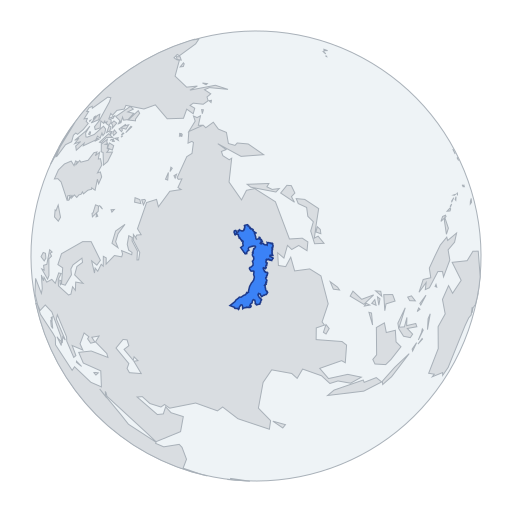 Inner Mongol on an orthographic globe, rotated 301°
{"feature_id": "CHN-1838", "entity_name": "Inner Mongol", "entity_type": "Autonomous Region", "adm_level": 1, "iso_a3": "CHN", "parent_name": "China", "parent_adm1": "", "projection": "orthographic", "projection_center": [116.94, 45.357], "detail": "fine", "context": "on_globe", "style": "filled", "palette": "blue", "viewbox_px": 512, "rotation_deg": 301, "n_neighbors": 0, "source": "natural_earth", "source_scale": "10m", "svg_char_len": 17589}
<svg xmlns="http://www.w3.org/2000/svg" viewBox="0 0 512 512"><g transform="rotate(301 256 256)"><circle cx="256" cy="256" r="225" fill="#eef3f6" stroke="#a8b0b8"/><path d="M449.0,369.6L448.7,370.4L448.5,370.7L449.0,369.6ZM406.2,88.1L406.3,88.2L409.7,91.3L409.2,91.2L412.5,95.3L406.7,95.0L388.2,87.2L388.2,84.7L383.7,83.6L383.4,86.9L384.3,89.5L368.5,94.0L365.0,109.6L371.5,118.2L364.1,113.9L381.4,133.2L384.4,146.2L376.4,129.4L372.0,126.2L371.7,133.7L367.1,132.1L364.4,135.0L358.9,132.6L354.7,123.5L351.1,121.9L351.1,127.4L345.6,128.9L346.2,121.0L336.7,122.9L327.9,109.2L333.7,91.9L324.3,84.2L318.1,66.9L314.1,67.4L309.2,61.8L302.7,60.5L303.4,58.1L297.7,59.2L298.2,61.6L295.9,63.0L292.1,62.6L292.4,59.3L294.3,59.1L292.4,57.9L294.2,56.6L291.2,57.0L291.9,53.5L285.6,56.4L281.5,53.1L283.6,51.0L290.6,51.9L312.7,51.0L316.9,50.0L315.8,47.1L298.4,39.6L300.0,38.5L296.9,36.5L292.7,36.4L293.6,38.1L285.0,38.0L287.1,40.6L283.9,41.1L283.2,43.9L275.5,42.8L268.4,40.4L268.6,38.2L265.5,37.3L259.0,39.1L253.3,35.4L238.9,34.0L238.2,33.5L248.4,31.9L264.4,32.0L277.6,32.0L261.1,31.5L259.8,30.8L256.3,30.8L251.8,30.8L249.2,31.0L247.1,31.0L255.6,30.7L263.9,30.9L259.8,30.8L267.3,31.0L270.5,31.2L287.0,32.9L303.4,35.8L319.6,39.9L335.4,45.2L350.7,51.6L365.5,59.1L379.8,67.8L393.3,77.4L406.2,88.1ZM468.9,211.6L467.1,208.5L468.2,207.7L468.9,211.6ZM465.9,208.5L466.6,209.2L466.0,209.0L465.9,208.5ZM465.4,209.6L465.8,208.8L465.6,210.1L465.4,209.6ZM465.1,211.7L465.2,210.4L465.3,210.7L465.1,211.7ZM463.7,213.6L463.3,214.0L463.3,212.4L463.7,213.6ZM385.4,91.0L383.9,87.2L385.8,85.1L387.7,88.3L385.4,91.0ZM381.0,96.1L379.0,93.6L384.2,94.3L383.7,95.5L381.0,96.1ZM377.1,125.0L376.7,121.0L378.7,125.5L377.1,125.0ZM364.9,135.8L366.5,137.6L364.4,138.4L364.9,135.8ZM287.4,44.4L285.4,44.1L286.6,43.7L287.4,44.4ZM289.1,46.0L292.0,45.7L293.2,46.4L291.4,46.6L289.1,46.0ZM354.2,135.6L350.3,136.7L353.5,134.0L354.2,135.6ZM285.2,46.2L295.0,47.8L297.1,49.1L291.9,51.0L285.2,46.2ZM347.6,136.2L338.3,139.3L340.9,143.3L328.1,134.3L340.3,134.4L343.8,130.3L344.3,134.2L347.6,136.2ZM300.1,62.6L299.3,59.9L303.4,62.6L300.1,62.6ZM303.3,64.0L319.4,71.2L318.7,75.2L313.4,71.8L315.3,77.7L307.1,76.1L304.2,72.5L306.3,70.1L301.5,71.4L303.3,64.0ZM322.5,129.1L319.6,128.7L321.8,127.4L322.5,129.1ZM295.3,63.8L298.6,64.7L298.2,68.2L291.5,67.0L293.8,66.2L295.3,63.8ZM319.9,80.2L318.4,82.8L311.3,82.2L309.8,83.1L306.8,76.5L319.9,80.2ZM292.0,65.2L288.1,66.3L284.9,64.4L292.0,63.1L292.0,65.2ZM301.0,69.7L300.5,71.4L298.5,70.0L301.0,69.7ZM271.2,58.7L275.2,59.4L275.3,61.2L271.2,58.7ZM286.9,66.9L288.0,67.6L288.6,68.5L285.4,68.9L286.9,66.9ZM302.0,76.6L299.4,75.9L302.9,79.3L297.7,79.2L296.7,74.8L294.9,76.7L293.3,76.7L294.3,73.2L302.0,76.6ZM283.8,72.0L280.7,66.9L273.2,65.0L272.9,63.2L284.9,66.7L283.8,72.0ZM289.9,73.0L286.0,71.9L287.5,70.1L291.1,69.7L289.9,73.0ZM294.6,80.8L302.8,82.0L302.7,83.0L294.6,80.8ZM281.3,71.8L282.1,73.0L280.6,71.8L281.3,71.8ZM290.2,78.3L293.1,78.6L292.9,79.6L290.2,78.3ZM281.3,75.5L280.3,73.8L282.7,73.4L281.3,75.5ZM285.1,77.1L284.2,78.5L284.1,74.3L286.4,77.0L285.1,77.1ZM289.5,79.3L290.4,80.0L288.3,79.1L289.5,79.3ZM272.8,78.3L272.1,73.1L277.4,72.1L277.3,77.2L272.8,78.3ZM102.0,91.6L102.5,92.9L95.1,101.1L85.1,121.8L82.7,126.0L76.6,129.9L63.3,157.3L67.6,157.5L62.7,179.5L64.2,190.9L77.6,182.1L75.3,163.1L82.1,153.7L89.7,163.7L92.8,181.3L95.6,178.3L99.7,162.7L106.6,162.7L101.8,157.1L99.2,162.3L96.1,159.2L98.3,154.3L100.7,154.3L101.5,148.3L90.1,150.4L86.2,156.0L84.6,144.5L77.9,152.9L75.2,152.0L85.5,137.7L89.2,135.2L103.3,116.0L99.2,117.3L85.7,135.9L87.2,132.0L81.6,134.8L87.0,129.6L102.9,109.8L105.5,100.6L98.1,99.0L101.9,93.7L109.9,85.9L123.3,78.6L113.4,91.3L118.0,89.6L129.2,81.8L125.3,86.6L128.6,85.2L125.8,90.1L130.8,93.0L129.2,98.0L139.9,95.6L140.6,98.0L134.1,98.6L128.7,102.0L126.0,115.4L128.0,117.0L135.2,114.6L133.5,118.9L140.8,114.9L143.5,121.9L146.4,110.3L154.8,107.9L161.2,110.6L164.5,107.9L154.1,103.7L149.5,104.0L144.8,107.5L132.7,107.5L131.8,103.7L146.3,96.4L146.6,90.6L157.8,88.1L179.0,100.0L183.4,107.3L172.2,124.8L166.2,124.3L167.2,117.6L158.2,126.3L162.8,124.3L161.4,128.2L169.2,127.6L168.6,130.3L177.1,125.3L177.2,128.6L171.8,131.7L183.5,134.4L186.1,141.3L189.0,140.6L191.4,138.0L193.1,148.8L195.2,147.9L195.4,143.9L199.7,139.6L207.9,136.5L208.1,140.4L205.1,142.0L199.2,151.8L191.3,156.0L192.2,157.4L199.1,154.6L206.4,142.7L211.3,139.8L208.7,145.5L210.0,143.2L212.5,143.0L215.1,146.6L218.3,140.4L245.5,134.7L253.3,141.6L247.9,147.0L267.1,148.8L274.4,157.6L274.5,153.8L283.9,152.8L281.7,149.9L282.5,148.1L305.5,145.5L311.0,148.3L321.1,143.9L321.2,142.0L317.7,139.6L328.1,134.3L340.9,143.3L340.1,146.9L348.7,150.5L345.4,158.4L346.7,167.0L338.2,174.4L340.0,181.0L343.2,181.7L348.0,191.6L346.8,210.4L333.7,191.9L332.6,165.4L331.8,175.6L327.8,172.5L324.9,175.9L324.7,183.5L327.3,184.8L305.5,194.8L296.6,214.7L307.4,214.0L313.1,220.2L312.5,244.7L287.8,275.9L295.1,286.5L294.8,293.2L286.8,297.0L287.0,287.2L280.0,283.3L281.3,277.5L268.6,281.0L269.9,272.9L259.4,280.1L262.2,286.9L272.9,286.4L263.1,296.8L272.6,308.7L272.4,321.9L252.2,342.5L233.5,346.6L232.1,350.3L225.4,344.7L215.3,350.6L227.0,373.8L226.3,379.5L210.5,387.5L210.4,383.3L192.5,368.5L188.3,381.3L201.8,395.6L206.4,408.7L195.7,402.6L191.1,390.6L184.8,385.0L187.1,373.9L183.1,354.2L172.3,354.3L173.7,347.1L166.5,328.1L151.3,327.2L126.8,336.4L122.4,353.3L114.4,356.7L107.2,324.3L109.4,305.2L103.4,302.7L98.9,280.0L81.1,260.4L81.6,254.1L77.6,252.3L74.9,241.0L76.9,231.0L73.9,226.7L69.3,253.1L72.9,257.9L80.2,256.2L77.9,263.9L80.9,276.4L66.6,281.8L45.3,265.9L48.4,251.9L59.0,200.5L61.6,197.9L61.8,197.4L62.3,196.5L57.9,199.8L61.5,190.5L50.3,222.3L46.1,233.3L44.9,266.2L43.7,266.5L44.9,275.2L55.0,287.2L53.9,291.1L46.0,301.1L36.6,302.8L40.8,322.4L42.4,327.5L37.8,312.1L34.4,296.4L32.1,280.5L30.9,264.5L30.8,248.4L32.0,232.4L34.2,216.5L37.6,200.8L42.1,185.4L47.7,170.3L54.3,155.7L61.9,141.6L70.6,128.0L80.2,115.1L90.7,103.0L102.0,91.6ZM90.8,207.6L96.1,218.2L102.9,205.5L105.5,208.7L106.8,203.4L103.3,204.5L108.0,191.0L113.6,193.2L117.7,188.7L116.0,185.0L105.0,183.4L98.3,202.4L93.2,203.4L90.8,207.6ZM258.9,30.8L257.6,30.9L253.2,30.8L255.5,30.8L258.9,30.8ZM232.0,32.6L229.2,32.5L232.8,32.3L235.5,31.9L246.4,31.3L238.5,33.2L240.1,32.3L232.0,32.6ZM258.8,31.7L252.8,31.4L259.7,31.7L258.8,31.7ZM149.9,74.2L145.9,77.0L142.7,77.0L144.7,72.1L149.4,71.8L149.9,74.2ZM141.1,81.0L155.1,75.9L154.4,79.2L152.4,78.1L150.6,80.8L146.9,79.9L132.6,88.6L128.8,89.3L134.6,79.0L134.8,81.7L138.6,78.7L141.1,81.0ZM191.8,61.2L197.8,60.2L188.5,68.5L184.0,68.6L185.7,63.2L192.0,60.1L191.8,61.2ZM274.2,49.7L277.1,49.6L277.0,50.4L274.5,51.1L274.2,49.7ZM273.0,58.9L261.5,51.2L264.2,50.6L254.1,47.5L257.4,44.8L263.8,46.8L258.8,42.7L265.9,43.5L261.7,41.0L275.7,45.8L281.8,46.7L273.7,46.6L270.5,48.9L271.0,50.2L276.9,54.8L288.7,58.4L287.4,61.7L283.3,63.1L280.3,62.8L282.1,60.6L276.8,61.7L277.1,58.4L273.0,58.9ZM236.8,83.9L240.2,80.5L229.5,84.2L229.8,80.0L228.5,80.7L225.8,78.0L220.4,76.1L221.6,74.2L218.9,74.3L217.1,72.7L213.9,72.2L214.8,68.8L211.0,68.1L213.7,67.0L206.8,66.8L212.3,65.5L210.5,63.6L206.1,65.8L219.1,50.8L220.2,46.3L218.2,43.5L228.0,42.3L236.2,44.4L242.2,48.7L239.7,53.5L244.6,52.4L244.8,54.4L240.8,54.5L247.1,55.7L246.2,57.5L251.6,62.8L261.1,63.9L263.3,66.1L259.2,66.6L264.3,68.5L257.9,70.9L259.3,72.6L254.5,77.0L245.6,77.3L247.9,79.3L244.3,83.0L236.8,83.9ZM271.2,79.4L260.5,80.2L255.4,78.4L266.0,71.6L265.6,69.7L272.2,65.8L279.5,68.5L276.9,69.3L276.1,70.8L274.1,69.3L275.1,71.6L271.6,73.0L271.4,75.2L268.0,74.7L271.2,79.4ZM84.3,127.0L83.2,129.6L82.5,133.1L79.0,135.2L84.3,127.0ZM94.9,113.3L94.6,115.0L89.2,119.1L90.4,116.6L94.9,113.3ZM98.9,112.7L95.0,114.8L97.8,112.1L98.9,112.7ZM134.2,100.2L134.4,102.1L132.7,103.1L130.5,103.0L134.2,100.2ZM205.3,95.6L208.1,93.5L209.2,94.1L217.2,92.1L217.7,95.3L213.0,97.7L205.3,95.6ZM74.6,181.0L71.5,180.1L72.5,177.1L73.3,178.0L74.6,181.0ZM73.4,156.3L71.5,163.4L72.4,156.8L73.4,156.3ZM207.2,98.8L210.4,97.5L208.6,99.9L207.2,98.8ZM218.4,97.6L217.1,100.3L218.6,95.5L218.4,97.6ZM49.9,347.0L49.7,346.5L52.2,350.9L52.1,348.4L56.7,359.3L59.8,366.7L49.9,347.0ZM263.9,440.2L270.8,440.9L270.6,441.5L263.9,440.2ZM256.6,437.8L264.5,438.3L255.2,439.2L256.6,437.8ZM267.6,438.4L275.7,437.2L279.2,436.1L278.6,437.5L267.6,438.4ZM251.2,437.6L222.4,434.4L211.1,430.8L213.7,428.8L231.9,432.2L251.2,437.6ZM212.8,428.6L195.7,418.0L173.3,389.2L181.3,392.0L204.9,411.8L203.4,413.8L213.7,421.7L212.8,428.6ZM254.5,420.3L252.9,427.0L236.9,425.0L229.7,423.1L224.7,413.6L227.5,409.4L233.4,410.3L256.7,396.0L264.8,400.5L257.5,407.1L264.1,413.7L254.5,420.3ZM123.1,355.5L126.6,368.1L122.4,367.5L123.1,355.5ZM266.6,384.4L256.9,391.5L265.9,381.8L266.6,384.4ZM272.2,374.7L272.6,378.8L268.9,374.7L272.2,374.7ZM231.5,356.1L225.2,356.2L225.3,353.1L233.3,351.3L231.5,356.1ZM272.2,332.8L271.3,342.0L269.9,345.1L267.4,339.4L272.2,332.8ZM215.7,127.4L204.1,126.3L196.0,128.3L192.0,133.5L192.7,126.0L205.1,122.8L215.7,127.4ZM241.8,133.2L245.3,129.1L247.2,131.5L246.6,132.8L241.8,133.2ZM241.6,130.3L239.6,124.2L243.7,122.3L244.5,127.4L241.6,130.3ZM222.9,110.6L219.4,109.9L221.0,107.9L222.9,110.6ZM335.6,466.7L339.1,465.4L335.6,466.7ZM303.7,471.1L259.5,478.1L249.8,477.5L252.2,476.0L243.3,469.3L246.5,469.7L244.4,464.4L270.5,459.9L289.2,448.5L303.8,448.0L314.8,438.2L329.8,436.3L325.3,443.7L340.8,444.4L351.6,427.4L360.7,439.4L371.8,439.5L374.6,444.0L353.6,458.9L341.8,464.2L339.7,464.8L334.8,466.8L327.3,469.1L323.4,468.7L318.6,470.5L323.4,467.7L316.3,470.8L312.5,470.2L303.7,471.1ZM410.9,412.9L413.1,411.7L416.2,410.8L412.9,413.1L410.9,412.9ZM443.5,378.1L444.3,377.7L442.2,380.5L443.5,378.1ZM448.5,370.7L446.0,374.2L449.0,369.6L448.5,370.7ZM422.7,397.9L423.7,397.8L422.8,398.8L422.7,397.9ZM421.8,398.3L423.2,396.0L422.9,397.4L421.8,398.3ZM411.8,397.5L413.1,395.9L413.7,396.2L411.8,397.5ZM281.2,440.9L290.9,435.8L296.2,435.1L281.2,440.9ZM409.9,396.9L406.6,398.6L407.0,397.6L409.9,396.9ZM410.2,394.7L409.8,393.7L411.9,395.4L410.2,394.7ZM403.8,395.4L407.9,395.5L403.4,395.9L403.8,395.4ZM401.4,396.9L398.5,397.4L398.7,396.9L401.4,396.9ZM368.0,412.3L379.0,416.1L370.1,419.1L360.2,417.5L352.4,424.2L334.7,427.5L338.7,423.9L336.3,419.9L318.1,421.0L314.4,418.4L320.9,415.5L308.9,414.4L322.0,411.4L327.4,417.0L334.9,410.8L347.8,409.4L360.3,408.3L370.4,409.8L368.0,412.3ZM322.1,425.2L324.4,424.9L322.4,427.0L322.1,425.2ZM392.8,396.7L397.1,397.6L396.6,398.6L394.5,399.1L392.8,396.7ZM372.7,408.0L383.6,399.1L386.1,398.2L378.9,406.6L372.7,408.0ZM380.9,396.7L386.0,395.6L388.6,397.4L387.6,398.6L380.9,396.7ZM295.3,422.2L294.8,424.0L291.4,422.8L295.3,422.2ZM299.7,420.9L310.0,421.9L298.8,422.5L299.7,420.9ZM268.7,415.4L271.7,419.7L281.1,417.0L273.9,421.0L280.4,427.7L278.2,430.3L271.8,423.0L269.7,430.5L265.5,430.3L263.2,423.8L267.3,415.7L271.5,412.2L288.5,410.6L268.7,415.4ZM299.6,415.7L296.9,410.8L298.9,407.2L301.9,409.8L299.6,415.7ZM289.0,398.4L281.9,392.1L275.4,394.6L288.7,385.4L293.3,393.0L289.0,398.4ZM283.2,384.3L277.1,386.6L283.5,381.2L283.2,384.3ZM275.6,384.3L275.0,379.6L279.8,380.3L275.6,384.3ZM286.3,384.4L287.7,376.5L290.0,381.1L286.3,384.4ZM273.3,368.9L283.3,376.9L270.1,373.4L270.1,357.4L275.8,357.2L273.3,368.9ZM308.5,300.1L307.4,295.0L312.7,293.5L311.9,297.4L308.5,300.1ZM328.9,285.3L313.7,291.5L301.4,296.8L305.0,299.0L301.9,307.8L296.7,299.9L305.6,290.0L314.9,287.5L316.7,280.0L323.7,274.4L322.7,265.2L325.9,260.9L329.6,268.6L328.9,285.3ZM321.9,261.3L322.7,244.7L332.5,246.1L334.5,250.0L330.0,256.9L325.1,255.8L321.9,261.3ZM325.8,241.2L321.1,240.1L312.3,216.1L312.9,211.5L324.8,229.7L320.9,229.7L321.4,235.6L325.8,241.2ZM320.3,130.8L319.7,128.9L321.9,130.3L320.3,130.8ZM281.1,146.6L282.6,144.3L285.2,145.8L281.1,146.6ZM288.1,139.0L284.1,138.8L288.3,137.3L288.1,139.0ZM275.2,138.9L282.5,137.9L275.6,141.2L275.2,138.9Z" fill="#d9dde1" stroke="#a8b0b8" stroke-width="1"/><path d="M253.3,246.8L252.4,245.9L252.3,245.1L253.0,244.6L253.0,243.5L253.6,242.6L253.7,242.2L255.4,238.5L256.3,239.0L257.4,239.3L258.3,239.7L260.3,237.9L261.4,237.7L262.0,237.3L262.1,236.3L261.6,236.3L261.5,236.2L261.8,235.9L261.9,235.3L262.4,234.8L262.4,234.1L262.9,233.4L263.0,233.1L262.9,232.9L263.1,232.9L263.1,232.6L263.3,232.4L263.2,232.2L263.4,232.2L263.7,231.1L264.6,230.2L265.0,230.1L265.1,229.8L265.1,229.5L265.3,229.3L265.2,228.8L264.8,228.4L265.0,227.6L264.4,227.3L263.5,227.5L263.4,227.4L263.4,226.8L263.9,226.4L265.2,224.8L266.0,224.7L266.4,224.5L267.0,224.9L267.2,225.2L267.4,225.3L267.5,225.7L266.1,227.4L267.4,228.1L267.8,228.5L268.2,228.4L268.6,227.6L268.9,227.7L269.4,228.4L270.0,228.5L269.7,229.0L270.1,230.1L270.0,230.6L270.4,231.1L270.5,231.6L271.1,232.1L271.3,232.0L271.5,232.2L272.0,232.1L272.4,232.4L272.8,232.3L272.9,231.9L273.7,231.8L274.2,231.9L274.4,231.6L274.9,231.6L275.3,231.5L275.9,230.4L276.4,230.5L276.8,230.8L277.5,231.6L278.2,232.2L278.5,232.7L278.4,233.1L278.0,233.5L277.8,233.6L278.0,233.8L278.0,234.5L277.5,234.9L277.3,235.9L276.9,236.3L277.1,236.4L276.9,236.5L277.0,236.6L276.8,236.9L277.0,237.2L276.8,237.4L277.0,237.5L277.0,238.0L276.8,238.1L277.1,238.4L277.1,238.6L277.2,238.9L277.2,239.7L277.0,240.1L276.3,240.0L276.2,240.2L276.2,240.5L275.9,241.8L275.9,242.2L275.7,242.5L275.7,243.2L275.9,243.7L275.8,244.2L275.7,244.2L275.2,243.4L275.1,242.8L274.9,242.7L273.4,244.7L272.7,245.2L272.5,245.7L270.9,246.9L270.5,247.7L271.0,248.5L271.6,248.8L272.5,249.7L272.8,249.8L273.3,249.2L273.5,249.3L273.6,249.5L273.8,249.3L273.9,249.6L273.8,250.0L273.4,250.4L272.4,250.5L272.4,251.3L272.9,252.0L272.7,252.4L272.0,252.5L272.0,253.8L271.8,254.0L271.2,253.7L270.9,253.2L270.5,253.7L269.8,253.1L269.2,253.0L269.3,253.5L268.9,254.1L269.2,254.4L269.7,254.3L269.9,254.5L269.9,254.9L270.3,255.1L270.5,255.5L270.6,256.0L270.1,256.4L270.0,256.6L270.2,258.1L271.0,259.1L271.0,260.0L272.2,259.4L273.3,258.6L273.3,259.1L273.8,259.8L274.1,260.0L274.0,260.5L274.7,261.8L274.7,262.1L274.4,262.1L274.3,262.7L275.3,263.1L275.1,264.1L274.1,264.6L273.9,264.8L273.8,265.2L273.6,265.4L272.8,265.7L271.7,265.3L271.6,265.5L271.9,265.9L271.8,266.1L271.4,266.2L270.7,265.9L270.4,266.1L270.3,266.6L269.9,267.0L269.6,267.0L269.3,266.7L268.9,266.8L267.8,267.9L267.5,267.7L266.7,268.3L266.4,268.4L266.3,268.9L265.9,269.1L265.4,269.8L265.3,270.2L265.1,270.2L265.0,269.6L264.3,268.5L264.4,268.3L263.8,268.1L263.7,267.7L263.3,267.8L263.0,267.9L262.7,268.3L263.1,268.8L262.9,270.0L263.2,271.2L263.1,271.5L262.8,271.9L261.7,271.7L261.2,271.7L260.5,271.7L260.2,271.8L260.1,271.4L260.0,270.8L259.8,270.7L259.6,270.1L259.9,270.1L260.0,270.0L260.0,269.7L259.9,269.5L259.9,268.9L259.6,269.1L259.4,268.5L259.1,268.3L259.2,268.1L259.2,267.7L258.5,267.0L258.5,266.8L257.9,267.0L257.7,266.8L257.4,267.4L256.5,267.3L255.8,267.6L255.7,268.0L255.8,268.4L255.8,268.7L255.9,268.9L255.6,269.2L255.0,269.5L254.8,269.3L254.6,269.4L254.4,269.1L253.4,270.0L253.1,269.5L252.9,269.4L251.3,270.2L251.2,270.4L251.3,270.7L251.0,270.8L249.9,270.6L249.9,269.9L250.1,269.7L249.9,268.5L249.8,268.4L249.6,268.6L249.0,268.6L248.6,269.2L248.1,269.7L247.9,270.7L247.4,270.9L247.1,271.3L247.1,271.8L247.3,272.0L247.3,272.3L247.0,272.3L246.9,272.6L247.3,273.3L247.4,273.7L247.7,274.0L247.3,274.4L247.4,274.9L246.2,275.2L245.5,275.5L245.1,275.5L244.8,275.1L244.5,275.2L244.1,275.4L243.6,275.9L243.4,276.0L242.4,275.5L242.0,275.7L241.4,276.6L240.9,277.8L240.6,278.0L240.3,278.1L240.1,277.9L239.4,277.9L239.3,278.3L239.0,278.6L238.5,278.7L238.3,278.8L238.1,278.6L238.4,278.1L238.1,278.1L237.5,278.4L236.9,279.2L236.5,278.7L236.0,278.9L235.6,278.4L235.3,278.4L235.5,279.0L234.8,279.3L234.3,279.8L233.9,279.9L233.4,280.7L233.0,280.8L232.6,281.3L232.2,281.5L231.8,282.0L231.4,282.8L231.6,283.4L231.3,283.9L231.0,283.6L230.8,283.8L230.6,284.8L228.3,284.7L228.1,284.1L226.6,283.4L226.4,282.8L225.9,282.5L225.6,282.5L224.9,282.3L223.9,281.6L224.5,281.0L224.7,280.3L225.7,279.0L225.3,278.2L225.3,277.5L224.8,277.5L224.4,277.8L223.8,277.7L223.7,278.2L223.2,278.3L222.1,280.3L222.0,281.5L221.6,281.9L221.8,282.5L221.6,283.2L221.1,283.4L220.3,283.2L219.9,283.3L219.3,283.5L218.9,283.8L217.4,283.7L217.0,284.1L216.7,284.1L215.2,282.3L214.4,281.9L214.4,281.3L214.5,280.9L214.9,280.8L214.8,279.8L216.2,279.1L216.9,278.2L217.2,278.1L217.5,277.8L217.5,277.5L217.1,276.6L217.2,276.2L216.3,276.0L215.4,276.1L213.8,276.8L212.2,276.0L210.4,276.3L210.9,277.2L210.2,277.8L209.4,277.7L208.7,277.3L208.8,277.1L208.5,276.5L208.5,276.2L208.1,276.2L207.6,275.6L207.6,274.5L206.8,274.3L206.7,274.0L206.3,273.7L206.3,273.3L206.1,273.1L205.3,272.6L204.9,272.1L204.0,271.8L204.7,271.2L205.6,270.8L206.0,270.2L206.7,269.6L206.8,269.1L206.5,268.4L205.7,268.1L204.9,268.2L203.9,268.0L202.9,268.2L202.1,268.7L201.1,268.5L201.6,267.2L200.8,266.1L200.2,264.8L200.3,264.5L200.9,264.1L200.1,259.2L206.2,261.5L207.8,261.4L211.0,262.7L211.9,262.8L212.4,263.2L212.7,264.0L213.1,264.5L215.9,265.7L217.5,267.0L219.9,266.9L219.8,267.7L220.9,267.9L221.1,268.2L221.8,267.7L226.6,266.2L230.7,266.0L232.4,266.4L232.9,266.3L234.4,266.4L235.0,266.1L236.1,265.8L237.2,265.4L239.0,263.4L240.7,262.8L241.3,262.2L241.8,262.1L241.8,261.7L241.6,261.1L240.8,260.2L240.5,259.3L241.6,257.1L242.2,256.6L243.4,256.8L243.9,257.4L244.3,257.6L246.7,258.2L247.5,257.6L248.1,257.4L249.0,256.5L249.4,255.8L249.8,255.6L250.5,255.9L251.6,255.8L252.5,255.6L253.4,254.7L253.9,254.6L254.1,254.2L254.0,253.8L254.4,253.1L255.0,252.3L255.7,252.0L257.1,252.1L257.3,251.4L257.2,251.2L257.7,251.1L258.0,251.4L258.3,251.4L258.6,251.1L259.6,250.6L260.8,250.8L261.1,250.4L261.3,250.6L261.5,250.5L261.7,250.8L263.4,251.0L263.9,250.7L264.0,250.5L263.9,249.8L263.6,249.4L263.4,248.8L262.2,247.8L262.3,247.6L261.8,247.4L261.7,246.9L260.8,246.5L260.0,245.6L259.3,245.5L258.2,245.6L257.1,247.0L256.3,246.4L255.7,246.1L254.8,246.3L254.2,246.1L253.7,246.4L253.3,246.8Z" fill="#3b82f6" stroke="#1e3a8a" stroke-width="1.5"/></g></svg>